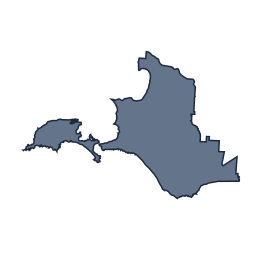 outline of Bass Coast, Victoria, Australia, rotated 355°
{"feature_id": "25037944B92127790017854", "entity_name": "Bass Coast", "entity_type": "district", "adm_level": 2, "iso_a3": "AUS", "parent_name": "Australia", "parent_adm1": "Victoria", "projection": "orthographic", "projection_center": [145.362, -38.485], "detail": "fine", "context": "isolated", "style": "filled", "palette": "slate", "viewbox_px": 256, "rotation_deg": 355, "n_neighbors": 0, "source": "geoboundaries", "source_scale": "gbopen_adm2", "svg_char_len": 5854}
<svg xmlns="http://www.w3.org/2000/svg" viewBox="0 0 256 256"><g transform="rotate(355 128 128)"><path d="M203.1,189.9L212.8,189.0L234.0,190.7L234.4,189.6L234.0,188.9L234.4,188.5L233.4,187.4L233.6,186.8L234.4,186.8L234.5,186.5L233.8,186.7L233.5,186.3L233.8,186.0L233.2,185.2L233.5,184.8L233.3,184.4L233.5,182.9L231.6,183.2L231.5,182.6L234.1,166.1L219.5,173.9L218.3,172.3L221.9,160.1L216.3,159.4L217.8,148.7L207.7,147.4L208.3,143.7L205.5,143.3L204.7,148.6L198.7,147.8L199.4,142.6L199.4,140.0L199.0,139.8L198.8,137.6L198.4,137.5L198.1,136.6L197.5,136.1L197.9,134.7L197.2,134.4L196.9,132.8L196.0,132.6L195.6,131.6L193.2,130.6L192.4,129.6L192.1,129.1L192.2,128.1L191.3,126.4L191.9,126.5L192.6,121.3L191.9,121.2L192.1,119.8L195.7,120.2L195.8,117.5L195.0,117.4L197.0,103.1L197.5,102.4L197.2,102.3L198.7,92.9L197.6,91.4L197.1,90.0L198.1,88.1L198.0,87.2L197.6,87.0L197.8,86.2L196.9,85.1L191.1,84.2L189.0,82.7L185.7,79.9L184.3,78.1L183.5,74.4L182.7,73.2L179.6,73.7L178.1,72.5L177.9,71.6L177.4,71.6L176.4,70.8L167.3,68.4L165.8,66.9L164.7,64.8L164.5,62.8L163.9,61.7L162.7,61.1L160.0,58.6L158.8,58.1L155.8,54.6L152.9,53.5L151.7,60.4L145.3,59.3L143.8,63.6L144.1,64.6L143.7,71.3L143.9,71.6L145.5,71.0L146.3,70.0L148.2,70.0L151.1,70.9L152.7,72.0L154.4,74.8L154.7,75.8L154.9,77.8L154.5,80.7L153.8,83.0L153.8,84.4L153.0,86.1L151.8,90.2L150.1,92.7L149.5,94.5L144.6,100.7L143.4,101.3L140.4,101.7L138.9,101.7L135.8,101.0L134.8,99.8L134.3,98.5L133.4,98.0L126.8,98.6L125.0,100.1L123.5,99.7L122.3,98.6L121.2,98.3L117.4,99.2L116.1,98.4L113.9,97.9L115.9,100.0L117.1,102.1L118.8,106.3L119.1,108.6L118.9,110.1L117.4,112.3L117.8,113.8L117.8,116.1L117.4,118.6L115.9,121.5L114.2,122.7L117.1,123.9L118.7,126.1L118.9,126.6L118.5,127.0L118.2,128.3L118.6,128.4L119.3,131.2L118.6,131.6L118.4,132.4L117.6,132.3L118.0,132.9L117.3,134.1L116.9,136.4L114.8,138.7L112.8,138.8L110.4,139.9L108.4,139.9L105.6,141.2L103.5,141.0L101.8,141.5L98.2,141.6L97.8,141.8L98.0,142.9L99.9,144.1L99.9,145.8L100.4,147.5L101.7,148.3L102.5,148.0L102.6,147.5L104.2,147.3L105.9,147.7L106.8,147.4L108.1,147.9L108.6,147.6L110.2,148.2L111.5,147.8L111.9,148.5L112.6,148.1L114.2,148.2L116.0,147.7L116.4,148.8L117.8,148.4L118.7,148.8L118.8,149.4L119.3,148.9L120.8,149.7L121.0,150.6L122.5,150.6L124.0,152.3L124.8,152.2L125.5,152.9L126.2,152.3L126.6,153.0L127.2,152.7L128.6,153.6L129.5,153.0L130.2,153.6L131.0,153.4L132.7,154.3L132.9,155.3L133.5,155.0L134.0,155.2L139.6,161.8L142.2,166.0L145.9,170.4L150.2,176.5L152.6,180.8L154.6,186.1L156.3,189.3L157.1,192.0L157.7,192.1L158.9,193.5L160.4,193.4L162.5,194.6L164.2,197.2L165.5,198.5L167.7,199.4L170.9,202.5L171.9,201.7L173.5,201.5L174.2,200.7L175.3,201.0L175.8,200.5L177.1,200.3L178.9,200.9L179.3,200.2L180.1,200.5L180.5,200.1L181.2,200.4L181.5,201.1L182.2,200.8L182.4,201.4L184.8,202.3L184.7,201.8L185.9,201.9L186.9,201.1L186.7,199.9L188.1,199.5L188.7,199.7L189.0,199.3L190.5,199.8L190.1,198.7L191.2,198.0L191.4,197.2L193.1,196.4L193.7,194.7L195.6,192.0L198.5,190.9L201.5,190.7L203.1,189.9ZM87.2,136.3L85.2,136.7L85.0,137.2L84.0,136.9L83.9,137.4L83.5,137.5L81.8,136.8L78.5,136.6L77.7,135.5L77.9,133.7L78.7,132.4L80.1,132.6L80.9,131.4L80.0,129.8L80.4,128.1L79.8,127.9L78.6,129.4L76.7,129.3L76.0,128.5L76.0,126.1L77.9,124.5L79.4,120.9L81.8,120.5L81.7,118.2L80.0,118.1L77.6,117.2L77.4,117.6L76.5,117.6L75.8,117.0L75.4,117.2L74.9,118.2L73.0,118.8L72.9,118.5L74.7,117.9L74.8,117.2L74.2,116.7L73.4,116.9L73.4,117.4L73.0,117.2L73.1,117.8L72.6,118.0L72.4,118.5L72.1,118.2L71.6,118.8L71.0,118.5L71.0,118.1L70.7,118.4L71.2,117.6L72.4,117.4L72.5,116.1L72.8,116.4L73.5,116.3L73.5,116.0L73.7,116.3L74.3,115.9L74.9,116.1L77.0,115.2L79.5,115.9L78.3,115.0L75.8,114.5L69.8,114.8L62.9,114.0L61.7,113.3L60.8,113.5L60.7,112.8L60.6,113.3L59.6,113.4L57.4,114.4L53.0,114.0L48.8,114.8L46.8,117.0L43.8,118.3L42.7,119.3L42.1,119.3L41.0,120.2L39.1,120.8L38.2,120.4L38.2,121.4L35.4,124.3L35.3,125.8L34.3,127.2L34.3,129.4L33.1,130.8L33.3,133.2L32.8,135.0L31.8,136.0L30.3,136.0L29.8,136.6L28.6,137.0L28.0,136.9L27.3,135.8L26.8,135.9L26.2,137.4L24.9,138.0L24.9,139.0L23.6,140.3L23.4,140.8L24.5,141.3L24.7,140.8L26.7,140.7L27.1,140.1L27.7,140.8L27.8,140.7L28.2,140.0L28.3,140.0L28.1,140.6L28.6,140.2L28.5,140.8L29.1,140.2L29.1,140.6L29.7,139.9L31.2,139.5L32.2,140.1L33.4,139.3L33.6,137.9L34.8,137.4L37.7,137.8L38.2,138.2L38.4,139.0L39.3,138.8L38.9,137.9L39.8,137.4L40.4,137.6L41.0,139.2L41.6,138.8L43.9,138.7L44.4,139.0L44.8,139.8L46.3,139.4L47.0,139.7L47.3,140.2L47.1,140.9L48.1,140.9L49.0,140.1L49.8,140.4L51.2,141.8L51.5,143.4L52.6,143.5L53.7,143.1L53.8,143.7L54.7,144.2L55.1,145.2L55.5,143.6L56.1,142.9L56.9,142.9L57.3,141.8L57.8,141.7L57.3,141.4L57.5,140.9L57.9,141.0L57.6,140.6L58.5,140.1L58.3,139.7L58.8,140.0L58.6,138.6L59.3,138.4L59.1,138.0L59.3,137.4L60.7,136.3L62.5,136.7L62.9,135.6L65.1,135.1L67.7,136.8L68.8,136.7L69.7,136.3L69.7,135.7L70.1,135.6L70.6,135.8L71.1,137.0L74.3,137.4L77.7,138.9L78.3,139.7L81.2,140.8L82.8,142.3L82.8,142.7L83.7,143.0L89.4,149.1L92.0,152.7L92.7,154.2L92.8,155.1L92.5,155.8L91.4,156.2L91.8,156.4L91.7,156.8L92.0,156.7L92.3,157.7L94.0,158.0L94.3,159.5L95.2,159.7L96.5,158.9L97.0,159.2L97.2,158.4L96.4,157.4L96.4,156.7L96.9,156.1L97.4,156.0L97.2,155.3L97.6,155.3L97.5,154.7L98.1,154.2L97.9,153.4L95.6,152.9L94.9,151.5L93.6,150.8L92.0,149.2L91.3,148.0L91.1,147.1L91.9,144.7L91.9,143.4L92.9,141.8L93.8,141.0L97.4,140.2L98.0,139.6L97.5,139.0L97.7,138.5L96.9,138.3L97.7,138.3L96.6,138.0L96.7,137.4L96.1,136.9L94.9,136.8L94.5,137.2L93.8,136.3L93.8,137.2L93.2,137.2L92.9,137.7L92.1,137.1L91.2,137.5L90.5,137.3L88.7,135.5L87.5,136.2L87.2,136.0L87.2,136.3ZM90.2,131.3L89.7,131.4L88.7,133.5L89.5,134.4L90.9,134.6L91.9,135.7L92.1,136.5L92.6,137.0L92.3,135.7L92.5,135.3L91.8,135.1L91.5,133.4L90.0,132.0L90.2,131.3ZM75.5,116.4L77.3,116.6L77.7,116.4L76.8,116.0L75.5,116.4ZM21.5,140.9L21.9,141.3L22.2,140.9L21.5,140.9Z" fill="#64748b" stroke="#1e293b" stroke-width="1.5"/></g></svg>